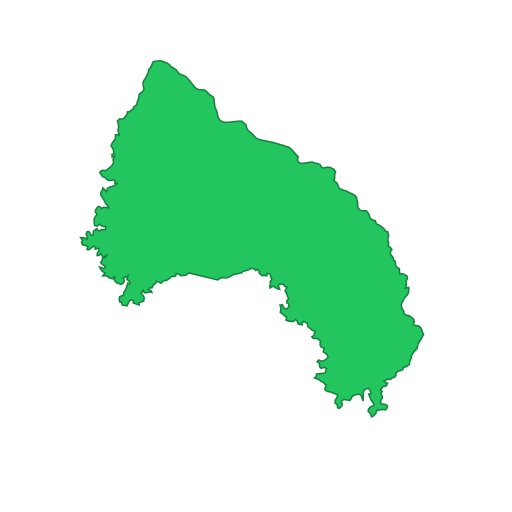 the district of Palmas, Paraná, Brazil, rotated 214°
{"feature_id": "56859067B83950244855736", "entity_name": "Palmas", "entity_type": "district", "adm_level": 2, "iso_a3": "BRA", "parent_name": "Brazil", "parent_adm1": "Paraná", "projection": "mercator", "projection_center": [-51.824, -26.422], "detail": "fine", "context": "isolated", "style": "filled", "palette": "green", "viewbox_px": 512, "rotation_deg": 214, "n_neighbors": 0, "source": "geoboundaries", "source_scale": "gbopen_adm2", "svg_char_len": 6097}
<svg xmlns="http://www.w3.org/2000/svg" viewBox="0 0 512 512"><g transform="rotate(214 256 256)"><path d="M381.9,169.4L381.3,166.5L381.1,163.8L379.6,163.2L374.8,163.1L375.1,160.6L379.4,159.3L375.4,157.4L371.7,157.4L371.9,153.8L368.5,156.2L365.3,155.8L361.7,157.0L361.9,160.4L359.5,156.5L356.3,155.8L351.6,157.3L350.8,159.9L351.3,162.0L353.9,163.8L352.7,165.3L350.9,168.4L350.3,164.6L346.3,164.0L345.0,162.3L347.1,161.9L345.2,155.2L345.4,152.1L344.0,149.7L346.3,146.0L345.1,143.4L343.2,141.7L341.5,142.2L339.2,140.5L335.1,142.6L335.8,147.8L335.4,149.9L332.3,150.5L331.5,148.4L325.4,150.1L327.0,151.7L323.9,155.8L325.3,159.0L330.5,161.3L330.2,164.4L328.1,163.0L326.5,164.1L324.2,166.7L322.0,167.6L324.0,168.6L326.5,168.1L326.4,170.3L324.4,171.2L324.9,175.0L323.9,177.2L324.2,179.4L322.1,180.1L319.6,180.3L319.0,182.9L318.3,184.6L316.6,185.5L315.6,187.9L314.5,192.0L312.7,193.0L311.4,194.4L312.4,196.8L310.3,197.7L307.2,197.7L303.5,200.6L302.4,204.3L274.3,214.8L272.9,218.4L268.4,221.2L267.0,222.7L264.1,228.2L258.4,234.1L258.2,236.0L254.6,240.1L253.4,242.5L251.8,243.8L249.8,244.2L247.9,243.8L247.4,246.0L245.2,245.3L243.6,243.4L239.7,243.2L238.1,244.5L235.9,245.7L237.1,247.5L235.4,248.7L233.6,248.7L232.5,247.2L229.6,245.2L230.0,242.7L228.6,241.4L227.9,238.7L226.3,237.3L225.6,239.7L224.0,240.6L219.8,240.8L217.7,241.6L221.1,244.0L220.6,245.9L217.6,248.0L215.3,246.8L212.9,247.6L212.4,243.4L209.8,242.1L205.0,238.6L205.5,236.0L204.3,234.4L202.2,234.6L200.8,233.3L200.4,230.6L201.4,228.9L203.7,228.6L206.9,230.4L208.7,228.7L206.4,226.9L205.3,225.1L204.3,222.8L201.4,222.8L196.2,222.1L195.2,219.5L192.5,220.3L189.9,221.5L188.3,222.8L187.7,225.5L185.3,225.0L182.7,223.1L180.9,224.2L179.2,224.6L180.5,226.5L179.8,228.5L175.9,229.0L173.6,226.5L168.0,225.9L164.6,226.6L163.7,222.2L164.5,220.2L162.4,219.6L159.2,221.8L155.3,221.7L153.2,218.1L151.2,217.0L147.8,217.7L146.7,214.1L142.8,214.1L140.9,213.5L139.4,211.8L141.4,206.7L143.2,205.4L145.9,204.8L146.2,202.5L143.4,202.4L141.0,199.6L139.1,199.4L137.2,201.8L134.6,202.2L134.1,200.2L133.1,197.8L139.8,192.0L138.8,189.9L139.3,187.6L135.0,188.7L131.9,188.4L129.6,188.9L127.5,188.3L125.8,188.3L124.3,183.8L121.2,183.5L118.6,184.8L110.6,186.6L109.8,183.9L109.7,180.7L108.1,178.2L105.6,178.2L103.6,175.9L101.8,176.1L101.0,179.2L101.4,181.3L103.8,182.7L103.8,184.7L102.0,186.8L100.3,187.3L97.2,188.9L97.7,193.1L96.7,195.6L94.5,198.1L92.6,199.3L90.6,198.9L86.1,195.6L90.5,202.6L91.5,205.5L89.0,209.3L85.8,208.1L83.7,206.2L85.4,204.5L80.1,200.9L75.6,199.4L75.0,197.4L76.7,195.1L77.2,192.0L76.3,190.1L72.9,189.1L70.3,187.3L69.1,189.1L68.7,192.4L69.4,195.7L64.7,199.9L62.6,200.8L62.2,202.9L63.1,205.3L65.7,205.4L69.2,203.5L71.3,204.7L71.8,206.7L71.9,209.2L73.5,210.7L75.6,211.6L75.5,214.1L77.8,214.4L77.6,216.7L77.9,218.7L75.4,220.9L75.8,224.1L77.4,223.5L79.9,223.8L77.9,227.6L75.6,228.8L74.9,231.0L73.3,233.0L73.3,235.3L74.5,237.4L73.9,239.8L72.0,241.8L70.7,244.1L71.7,245.7L69.2,248.8L68.2,251.9L69.7,254.8L70.1,258.1L71.3,259.6L71.5,263.3L71.3,266.1L70.7,269.4L72.4,273.4L72.8,281.4L73.3,284.9L75.0,285.6L78.5,288.4L80.7,288.9L82.5,288.8L86.3,287.0L87.8,288.0L88.0,289.9L89.4,291.6L91.7,292.1L95.7,292.2L98.2,291.0L100.7,290.9L102.9,293.0L106.1,294.5L108.4,296.8L109.0,299.8L109.5,304.9L108.8,307.4L109.0,310.3L110.2,313.0L111.8,315.4L114.1,312.8L114.7,315.2L117.5,319.5L117.9,321.7L119.1,323.8L123.4,323.7L127.1,321.8L130.2,325.8L132.4,325.3L135.3,326.5L137.4,329.3L140.0,329.8L141.0,331.2L144.8,332.5L147.0,334.2L146.9,337.4L148.7,338.0L152.8,338.7L153.1,340.9L155.4,342.6L156.7,344.9L157.5,347.2L160.4,349.8L162.0,349.0L165.8,350.3L171.2,350.5L174.3,349.9L176.7,352.0L179.2,351.2L181.8,351.0L184.2,352.3L185.4,353.7L189.8,355.2L191.8,354.0L193.1,352.7L195.5,352.2L198.2,353.1L200.1,354.8L201.3,356.7L204.5,359.8L205.9,361.0L207.9,361.7L218.0,360.2L221.6,359.1L224.2,358.7L225.9,359.1L229.2,361.6L233.4,362.0L234.6,365.1L236.4,367.6L237.0,370.2L239.8,371.5L244.0,370.9L245.8,370.0L247.8,368.4L249.6,366.3L251.3,366.4L253.7,367.5L256.8,367.2L259.4,365.7L261.5,365.5L263.6,364.1L265.8,361.8L270.5,357.9L273.6,357.4L275.6,359.3L276.5,361.8L287.0,364.4L289.8,364.5L294.3,363.2L305.3,359.7L316.7,355.0L320.5,353.9L322.4,353.9L327.0,355.1L331.8,355.6L334.2,356.1L337.9,359.3L343.2,359.8L346.7,357.4L352.2,352.6L356.2,349.6L359.2,348.4L361.6,348.4L364.7,349.6L369.6,354.2L373.3,356.5L379.2,363.2L380.8,364.0L384.9,363.8L388.8,364.7L391.4,364.9L395.4,362.5L397.3,361.7L399.4,361.5L401.6,361.8L409.8,364.5L415.1,365.5L421.4,364.1L426.6,365.8L432.6,365.5L434.8,366.2L437.6,366.2L442.9,365.0L445.0,364.1L449.8,359.8L448.8,352.8L449.2,350.5L448.1,348.2L447.1,342.6L447.1,339.1L446.5,336.3L445.2,334.7L442.3,331.7L441.8,329.1L442.8,326.9L443.2,324.7L441.3,320.6L441.0,318.5L439.8,315.4L439.7,313.4L440.7,311.5L440.2,309.5L441.5,304.9L443.3,303.7L441.9,300.9L442.5,298.8L442.4,296.3L443.6,294.6L445.7,293.4L446.4,290.3L444.1,288.6L441.9,286.0L440.6,282.7L436.7,279.8L438.7,279.3L440.4,277.6L438.5,275.4L438.2,272.9L438.4,269.6L437.9,266.5L433.4,264.2L432.3,262.6L430.7,261.1L432.3,259.8L430.6,257.5L428.9,259.5L428.5,256.0L426.4,253.9L426.0,251.2L426.4,248.6L428.2,242.9L431.6,240.9L432.4,238.0L427.5,236.0L425.0,236.6L423.0,236.1L421.0,236.1L418.6,237.4L417.0,239.4L414.4,239.5L414.0,237.5L411.5,238.1L413.2,234.5L415.8,231.3L417.0,229.2L416.0,225.5L418.4,226.4L421.2,226.8L420.3,225.0L420.2,222.1L419.5,220.3L416.1,218.5L411.7,216.7L410.4,215.5L407.5,214.8L404.9,213.7L409.8,211.0L410.3,209.0L412.6,209.5L414.4,209.1L414.8,206.7L414.7,204.3L413.8,202.5L411.2,201.8L411.1,196.6L408.7,192.9L406.8,191.0L404.2,192.2L403.4,195.1L400.5,194.6L398.5,195.4L397.0,196.4L395.6,193.5L399.1,191.2L399.5,189.3L401.2,188.8L403.2,189.9L404.7,185.7L402.7,182.3L404.2,181.1L408.2,182.9L409.6,181.8L409.2,179.2L407.1,178.0L405.7,175.4L409.0,174.9L411.7,173.2L408.2,171.7L408.5,170.0L406.3,168.2L403.9,169.2L400.6,169.8L399.8,166.9L398.0,167.7L396.3,173.1L394.3,173.3L393.2,171.7L390.9,174.5L389.5,173.3L389.0,171.5L389.2,169.6L388.0,167.5L386.4,168.8L385.6,171.1L381.9,169.4ZM381.9,169.4L380.2,173.3L379.9,170.5L381.9,169.4Z" fill="#22c55e" stroke="#15803d" stroke-width="1.5"/></g></svg>